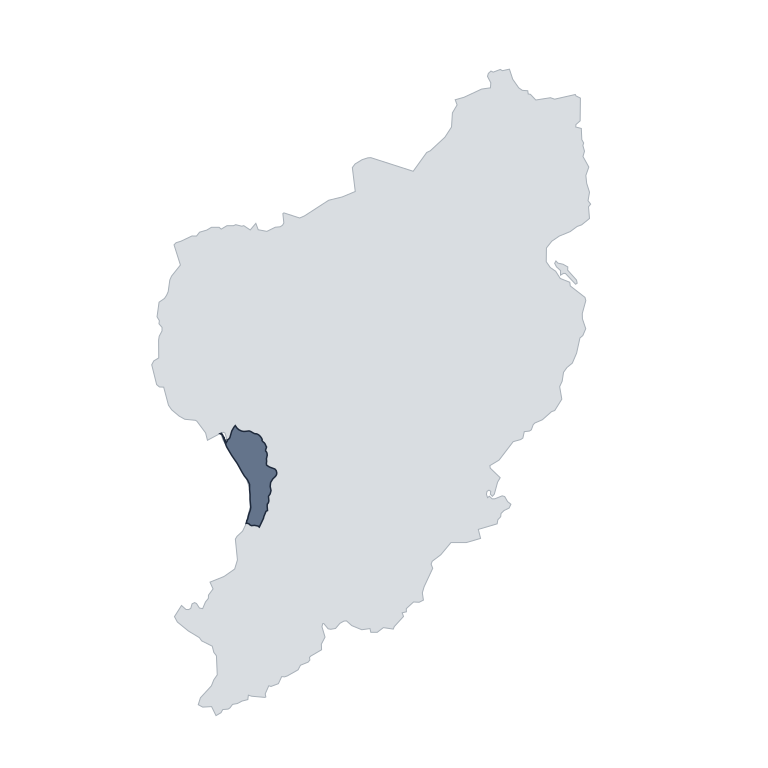 Iran, with Mazandaran highlighted, rotated 253°
{"feature_id": "IRN-3214", "entity_name": "Mazandaran", "entity_type": "Province", "adm_level": 1, "iso_a3": "IRN", "parent_name": "Iran", "parent_adm1": "", "projection": "equal_earth", "projection_center": [52.513, 36.378], "detail": "fine", "context": "in_parent", "style": "filled", "palette": "slate", "viewbox_px": 768, "rotation_deg": 253, "n_neighbors": 0, "source": "natural_earth", "source_scale": "10m", "svg_char_len": 5190}
<svg xmlns="http://www.w3.org/2000/svg" viewBox="0 0 768 768"><g transform="rotate(253 384 384)"><path d="M381.8,198.7L389.4,199.1L403.1,194.2L404.4,193.1L408.5,183.2L413.2,178.7L421.4,173.4L426.7,171.7L445.4,172.4L446.8,168.4L449.9,166.4L470.3,167.5L473.4,170.6L474.8,176.2L491.9,181.3L495.4,183.0L499.6,187.2L503.0,188.3L507.4,186.4L510.2,187.7L514.6,186.6L528.0,192.8L530.0,199.1L532.4,202.0L535.4,204.6L546.1,209.6L549.3,212.4L557.3,224.1L578.5,223.9L579.9,226.5L579.9,231.5L581.7,243.6L580.3,248.0L583.1,252.0L583.0,259.5L584.3,264.8L582.1,272.1L579.7,273.6L581.3,280.1L579.4,286.4L579.7,288.8L576.5,294.1L576.4,296.2L570.4,301.1L575.1,308.4L568.3,308.8L564.2,316.6L565.7,325.9L564.7,330.7L565.5,333.4L567.3,335.3L576.5,337.1L576.9,338.3L567.4,351.9L568.0,357.1L575.9,384.8L575.1,398.6L576.5,412.8L600.2,417.0L602.9,420.7L604.9,428.6L605.0,434.6L604.3,437.6L578.9,474.1L592.9,492.5L593.5,496.5L602.2,514.4L610.0,523.7L623.3,528.7L629.5,535.5L635.0,535.2L634.8,544.4L637.5,563.6L636.1,572.4L640.8,574.2L647.9,572.9L650.5,574.6L652.0,577.8L650.3,579.6L650.8,587.2L649.0,588.8L648.4,596.0L637.8,596.2L627.9,599.4L624.4,602.1L622.4,607.2L619.2,606.7L618.2,608.7L611.2,612.2L609.1,626.9L606.5,630.4L604.9,651.6L603.4,651.8L600.0,655.4L578.3,648.5L576.0,643.4L573.7,642.5L570.7,647.4L559.8,644.6L556.1,645.4L553.9,643.9L548.0,643.8L543.4,640.8L531.6,643.3L524.4,638.0L516.7,636.5L507.3,636.6L499.6,632.7L495.6,634.2L493.7,631.4L482.2,628.9L478.4,619.5L478.2,614.8L475.3,606.6L474.2,594.8L471.5,586.2L466.6,579.1L453.5,574.9L446.7,577.1L441.7,581.1L433.4,583.4L427.0,591.4L423.3,590.8L408.1,601.5L404.8,601.4L393.4,594.2L388.3,592.8L377.9,593.1L372.2,588.3L370.7,584.8L357.2,577.2L348.9,570.2L346.3,563.8L342.7,559.1L334.6,555.2L330.1,551.2L317.5,549.6L308.7,539.5L308.6,536.2L303.5,525.0L302.6,516.9L301.5,514.8L297.1,511.5L296.5,509.3L297.4,504.2L291.7,501.0L290.9,498.5L291.1,490.7L277.6,471.8L275.0,461.4L272.5,461.0L260.4,467.7L256.9,463.9L246.4,457.3L244.9,454.8L247.6,453.5L250.2,454.7L251.8,453.3L251.2,451.1L248.6,449.7L245.0,449.8L245.9,451.9L242.5,453.9L241.8,456.5L242.5,464.3L241.1,466.5L235.4,467.8L231.9,470.2L228.8,467.4L227.9,461.8L226.0,458.1L223.0,456.8L220.9,453.2L217.2,451.3L217.4,431.7L208.1,431.2L208.3,416.4L212.8,401.7L204.1,388.4L200.4,378.3L198.0,376.4L193.5,376.7L178.4,363.1L173.1,359.6L165.8,358.5L165.0,353.8L166.9,348.5L163.6,341.6L162.6,339.6L159.6,338.8L159.9,334.5L156.0,334.7L149.0,322.9L146.9,321.2L151.2,312.2L148.5,304.9L150.4,298.8L154.2,299.1L155.5,290.9L162.4,282.5L168.4,278.9L169.0,276.3L168.0,271.8L164.4,266.2L165.0,261.4L166.2,259.0L172.5,256.4L172.8,255.4L170.0,253.7L159.2,253.6L153.5,248.0L148.1,246.6L145.2,234.3L144.3,232.8L141.7,232.4L140.2,230.1L139.5,221.9L135.8,218.3L133.1,206.2L133.0,203.3L134.1,200.6L128.3,195.4L127.8,187.5L129.1,185.6L122.4,179.8L119.3,179.5L119.1,178.5L124.1,166.2L126.1,163.3L122.0,161.5L122.3,155.4L121.3,150.3L121.9,145.5L119.3,142.0L118.7,139.9L119.8,134.6L117.3,132.0L116.0,126.4L125.9,124.8L128.0,116.2L131.6,112.6L137.6,116.7L145.8,130.7L150.9,134.8L154.6,139.5L173.1,144.3L177.1,142.8L183.5,143.1L191.7,134.5L195.4,133.3L205.0,124.7L216.8,116.8L222.8,115.6L231.4,125.6L226.3,128.7L225.4,131.2L225.9,133.6L229.9,136.2L230.3,139.0L228.9,140.5L223.7,142.0L222.2,144.9L227.7,149.5L230.4,153.4L233.4,154.4L238.0,160.6L245.4,159.7L246.7,174.7L250.7,187.1L258.6,192.4L279.1,196.5L281.3,198.9L284.6,205.7L289.9,210.6L305.8,220.3L323.3,225.0L335.0,224.7L377.9,213.6L382.0,213.6L375.6,216.4L378.0,217.6L383.5,217.6L384.7,216.5L384.9,214.6L381.8,198.7ZM448.8,585.6L446.2,590.2L442.2,594.0L439.2,592.9L427.1,598.5L423.9,598.2L423.4,596.4L436.7,589.8L437.3,588.0L436.5,584.6L440.8,586.0L445.6,583.2L449.5,582.5L451.4,584.4L448.8,585.6Z" fill="#d9dde1" stroke="#a8b0b8" stroke-width="1"/><path d="M291.1,211.5L292.4,212.4L292.9,212.5L293.3,212.7L294.1,213.6L294.5,214.0L298.8,216.5L302.7,219.4L305.0,220.5L312.6,222.1L317.4,223.6L322.5,224.6L327.3,226.1L332.4,225.4L336.8,223.6L341.5,222.4L346.4,221.4L351.0,220.4L355.7,218.9L360.2,217.5L369.2,215.3L370.5,215.1L381.2,214.5L383.1,214.0L384.4,212.8L384.4,214.1L382.8,214.7L380.9,215.0L379.7,215.4L379.3,215.6L378.9,215.5L378.2,215.3L377.8,215.3L377.0,215.6L376.6,215.7L375.0,215.5L373.6,215.5L373.9,215.9L374.2,216.0L375.1,216.0L374.6,216.2L374.4,216.2L375.0,217.2L376.1,217.7L376.3,217.7L376.3,218.2L376.6,219.1L377.6,220.8L383.6,224.7L386.5,227.8L387.7,229.6L384.9,230.5L382.6,231.9L380.6,234.1L379.6,236.1L379.1,238.3L378.6,241.2L377.6,242.6L374.8,245.2L374.1,246.2L373.8,247.2L373.2,248.1L372.0,249.3L370.1,250.4L368.0,251.1L366.6,251.3L365.7,250.8L364.3,251.3L362.6,252.4L361.3,252.8L358.5,253.1L358.1,253.3L355.6,251.5L354.4,251.2L353.5,251.7L352.1,251.9L350.0,251.5L346.9,249.7L344.4,249.2L342.5,248.3L340.7,248.0L338.1,250.2L334.6,254.8L332.7,255.6L330.5,255.5L329.2,255.0L328.4,254.4L327.4,253.2L325.8,250.0L323.0,246.8L319.3,245.2L315.1,244.8L312.2,243.0L310.4,240.7L305.9,239.7L304.8,239.1L303.7,238.1L303.3,237.3L301.5,236.6L297.0,235.6L297.0,234.9L296.7,233.9L292.3,230.3L290.8,229.5L283.6,222.9L285.0,222.0L286.7,218.8L287.3,215.8L288.4,214.7L289.8,213.9L290.8,212.5L291.1,211.6L291.1,211.5Z" fill="#64748b" stroke="#1e293b" stroke-width="1.5"/></g></svg>